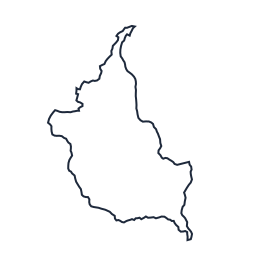 the district of Grão Pará, Santa Catarina, Brazil, rotated 9°
{"feature_id": "56859067B23369075727093", "entity_name": "Grão Pará", "entity_type": "district", "adm_level": 2, "iso_a3": "BRA", "parent_name": "Brazil", "parent_adm1": "Santa Catarina", "projection": "natural_earth1", "projection_center": [-49.313, -28.124], "detail": "fine", "context": "isolated", "style": "outline", "palette": "slate", "viewbox_px": 256, "rotation_deg": 9, "n_neighbors": 0, "source": "geoboundaries", "source_scale": "gbopen_adm2", "svg_char_len": 3063}
<svg xmlns="http://www.w3.org/2000/svg" viewBox="0 0 256 256"><g transform="rotate(9 128 128)"><path d="M193.6,151.9L182.3,156.7L179.6,156.2L178.1,154.6L176.0,153.6L173.9,152.8L171.6,151.7L169.6,151.7L167.6,152.8L166.0,152.0L164.3,149.8L161.9,148.0L161.7,145.3L162.9,143.0L163.7,140.6L162.3,137.8L161.4,134.0L160.0,131.7L158.4,128.8L157.1,127.1L155.9,124.8L153.4,122.9L152.1,120.1L150.1,118.9L147.6,118.3L144.6,118.7L141.7,119.4L139.1,118.4L136.7,116.4L135.3,113.0L134.4,110.0L133.2,107.4L132.8,104.0L132.2,101.2L131.5,98.3L130.7,95.4L130.3,92.6L129.9,89.2L128.9,86.2L129.0,83.3L128.4,80.6L127.5,78.4L125.9,76.4L123.4,74.4L121.0,73.1L118.6,71.9L117.1,70.2L115.8,67.9L115.2,65.8L114.3,63.6L112.7,61.9L111.5,60.3L109.6,58.4L108.6,55.1L108.2,51.7L108.3,48.1L108.8,44.3L110.5,42.2L110.8,39.6L111.4,37.3L112.4,35.6L115.2,36.5L115.5,34.1L116.4,31.5L117.3,28.6L118.8,26.7L115.8,26.6L113.2,28.1L111.3,29.2L109.5,29.4L108.5,31.2L107.6,33.1L105.1,34.8L103.4,36.5L102.2,38.9L104.3,39.9L104.3,42.8L102.9,45.4L101.7,47.1L100.2,49.2L100.2,52.1L99.5,54.5L100.4,58.1L98.5,60.6L96.8,63.1L95.5,65.5L94.7,68.5L92.8,69.7L90.6,71.3L91.3,73.9L93.0,75.8L92.9,78.0L92.0,81.0L92.0,83.8L90.0,85.9L87.8,86.7L85.9,86.6L83.8,87.9L82.0,89.5L79.7,89.3L77.5,88.9L75.7,91.8L74.9,94.7L74.5,97.3L72.5,97.4L70.9,96.7L71.3,99.3L71.4,102.2L73.4,102.4L73.1,105.6L72.7,108.8L74.5,110.0L76.7,110.2L79.3,111.3L79.6,113.5L77.6,114.9L76.1,116.5L76.9,118.6L75.1,118.9L72.8,119.8L71.1,120.3L68.8,121.4L65.6,121.7L62.5,122.4L60.6,122.7L58.0,122.7L55.4,122.1L53.2,121.8L51.7,124.2L49.8,127.8L48.6,131.4L48.2,135.3L50.6,136.7L52.1,138.2L52.5,141.0L53.1,143.4L54.3,146.2L56.6,147.0L58.8,146.9L61.3,146.4L63.9,146.4L66.4,147.8L68.6,148.3L70.0,150.2L71.4,151.7L73.6,152.8L74.5,155.1L74.8,157.4L74.9,159.5L76.0,161.1L77.1,164.0L76.1,166.2L75.1,168.8L74.7,171.8L74.9,174.5L75.3,177.4L76.6,179.4L78.5,180.0L79.9,181.6L82.7,183.3L83.8,186.2L85.2,189.2L87.3,191.7L89.0,193.7L91.0,195.7L92.2,198.9L92.9,201.2L94.8,202.5L97.2,202.8L99.3,202.5L101.0,204.5L101.3,207.3L102.1,209.4L103.9,211.1L106.6,211.4L108.9,211.4L111.4,211.4L114.5,211.9L116.7,212.1L118.4,212.3L120.6,212.9L123.1,213.6L125.6,215.5L128.6,216.8L129.3,219.5L131.0,221.1L132.9,220.4L134.8,220.9L136.7,221.8L138.8,221.9L141.0,220.1L142.7,219.2L144.5,218.4L146.2,217.4L148.5,217.9L149.7,216.0L151.6,215.6L153.4,214.8L155.4,216.0L157.8,214.2L159.5,212.6L161.8,213.5L164.5,212.9L167.2,212.1L169.7,212.8L172.6,211.5L175.0,210.2L177.9,209.9L180.2,211.0L181.9,212.0L184.0,212.0L185.8,213.0L187.7,212.6L188.8,214.4L190.6,216.2L193.2,217.9L193.9,220.6L196.3,222.1L198.7,221.6L200.6,220.8L202.7,221.5L203.1,223.5L203.9,226.1L204.3,229.4L207.4,228.0L207.7,225.7L207.8,222.6L206.5,220.6L204.9,219.1L203.4,217.9L201.5,215.7L201.2,211.7L199.9,210.0L198.6,208.2L197.1,206.9L195.3,205.7L194.0,203.8L193.9,200.7L194.3,197.3L195.7,195.1L195.6,191.7L195.8,187.9L194.7,185.3L193.5,183.0L195.5,177.9L197.0,174.6L198.5,172.1L199.2,168.8L198.0,165.9L197.2,163.6L196.7,161.4L197.3,159.1L196.4,156.2L194.6,154.6L193.6,151.9Z" fill="none" stroke="#1e293b" stroke-width="2"/></g></svg>